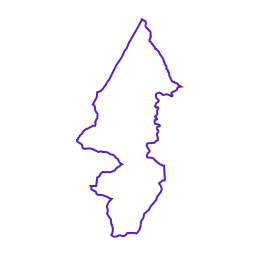 outline of Itaúba, Mato Grosso, Brazil, rotated 94°
{"feature_id": "56859067B4812959206421", "entity_name": "Itaúba", "entity_type": "district", "adm_level": 2, "iso_a3": "BRA", "parent_name": "Brazil", "parent_adm1": "Mato Grosso", "projection": "natural_earth1", "projection_center": [-55.553, -11.126], "detail": "fine", "context": "isolated", "style": "outline", "palette": "violet", "viewbox_px": 256, "rotation_deg": 94, "n_neighbors": 0, "source": "geoboundaries", "source_scale": "gbopen_adm2", "svg_char_len": 5861}
<svg xmlns="http://www.w3.org/2000/svg" viewBox="0 0 256 256"><g transform="rotate(94 128 128)"><path d="M235.6,137.2L236.0,136.8L236.6,136.4L237.1,135.5L237.4,134.5L237.3,132.6L237.1,131.8L236.8,131.3L235.8,129.8L235.7,129.1L235.7,128.3L236.0,126.7L236.1,125.9L236.0,124.9L235.6,123.5L235.1,122.9L233.1,121.7L232.8,121.3L232.7,119.8L232.5,118.1L232.2,115.0L232.3,113.9L232.7,112.4L232.4,111.9L230.3,110.5L229.1,109.7L227.9,109.2L227.0,108.9L224.9,108.7L221.7,108.6L220.6,108.5L220.0,108.3L218.9,107.8L217.0,106.6L216.5,106.4L213.1,106.0L212.2,105.7L211.5,104.6L211.0,104.2L209.8,103.2L208.6,101.8L207.7,101.2L205.2,100.2L202.8,98.6L200.8,97.0L197.9,95.0L195.9,94.4L195.2,94.3L194.6,94.1L193.6,93.6L192.0,92.3L189.4,90.8L187.6,90.2L186.0,90.2L185.1,90.4L182.9,91.7L181.4,93.0L180.8,93.1L180.4,92.7L179.9,91.7L179.5,91.3L178.6,90.6L178.0,89.9L177.7,89.1L177.6,88.4L177.8,87.8L176.5,87.6L174.9,87.9L169.7,88.5L168.9,88.8L165.0,89.1L163.1,89.4L163.1,90.6L162.6,91.6L162.2,92.9L161.8,93.7L160.4,96.1L159.6,97.3L158.7,98.1L158.0,99.3L157.6,99.7L156.9,100.1L156.6,100.5L156.4,101.1L156.0,103.8L156.1,105.0L155.9,106.6L154.9,107.1L154.3,107.3L153.7,107.2L152.3,106.8L151.6,106.4L150.3,105.0L149.8,104.9L149.0,105.0L148.0,105.8L147.3,106.1L146.0,107.3L145.0,107.9L144.2,108.1L143.3,108.1L142.5,107.9L142.1,107.5L141.8,106.9L141.7,106.3L141.6,105.4L141.7,104.6L141.1,102.7L141.1,101.8L141.1,101.1L140.8,100.6L140.3,100.2L139.1,99.3L138.1,97.5L137.6,97.2L136.5,97.4L135.9,97.7L135.1,97.8L134.4,97.8L133.7,98.2L133.3,98.5L132.8,98.7L132.0,98.7L131.2,98.5L130.4,97.7L129.8,97.5L128.5,97.6L127.8,98.2L127.5,98.8L127.1,99.1L125.7,99.2L124.8,98.7L124.4,98.0L124.3,97.2L124.1,96.6L123.4,96.3L122.9,96.8L122.7,97.4L122.1,98.7L121.9,100.4L121.8,101.1L121.1,101.8L118.6,101.9L118.1,101.7L117.9,101.0L117.7,100.2L117.1,99.6L116.6,99.8L115.2,101.7L114.6,101.8L113.5,100.5L113.0,100.1L112.6,99.9L111.3,99.8L108.7,100.2L108.2,100.1L106.8,99.3L105.7,99.2L105.2,99.5L105.2,100.2L105.6,101.3L105.4,101.9L104.9,102.4L104.1,102.4L102.9,102.0L101.7,101.8L101.0,101.4L100.5,100.8L100.1,100.0L99.6,99.5L99.0,99.3L98.4,99.3L97.9,99.5L97.5,100.0L96.2,101.7L95.8,102.0L93.8,102.4L92.5,102.4L91.9,102.0L91.4,101.3L90.6,99.5L90.5,98.9L90.9,97.9L92.3,96.1L92.6,95.6L92.6,95.0L91.8,92.7L91.7,91.6L91.8,90.8L92.4,88.9L92.8,88.0L93.4,86.8L93.2,86.2L92.5,85.9L91.9,86.3L90.8,87.1L90.2,87.2L89.7,86.9L88.9,85.8L87.1,82.6L86.7,82.1L86.2,81.9L85.0,81.7L84.4,81.4L84.0,80.9L83.6,80.2L83.0,77.8L82.7,78.3L82.6,78.8L82.2,79.5L82.0,80.3L81.7,80.8L80.9,81.5L80.2,81.8L79.8,82.7L79.8,83.2L79.6,84.1L78.8,85.4L78.9,86.4L78.6,87.1L78.2,87.5L77.5,87.8L76.0,88.8L75.0,89.1L74.3,89.7L72.2,90.6L71.6,90.7L71.0,90.6L70.3,91.0L69.7,91.2L69.5,91.6L69.0,92.0L68.4,91.9L67.3,92.6L66.9,92.9L66.7,93.6L65.8,94.0L64.8,93.8L64.1,93.8L62.6,95.1L62.0,95.3L61.6,95.9L60.9,96.1L60.0,96.2L59.5,96.4L59.2,97.0L58.6,96.9L56.7,97.6L52.4,101.1L51.9,101.4L51.2,101.9L50.6,102.2L50.0,102.3L49.6,102.9L48.9,103.5L48.4,104.3L47.8,104.8L47.3,105.4L47.4,106.2L46.8,106.6L46.2,106.6L45.7,106.8L43.9,108.6L42.8,109.2L42.6,109.9L42.1,110.1L41.1,110.8L40.5,111.5L39.9,112.6L39.3,112.6L38.8,112.8L38.2,112.7L37.2,112.0L35.6,111.9L34.8,111.5L33.6,112.1L31.4,112.1L30.8,112.2L30.2,112.6L29.3,113.6L29.0,114.1L27.8,115.2L26.7,116.7L26.3,117.0L25.6,117.4L24.6,117.7L23.4,117.5L22.5,117.4L21.0,117.7L20.4,118.0L20.1,118.3L19.8,118.9L19.8,119.5L19.5,120.2L18.8,121.2L18.6,121.9L19.3,121.8L25.4,124.5L33.0,128.2L41.4,132.2L43.2,133.2L44.5,133.5L48.7,134.9L51.6,136.9L55.2,138.2L58.3,139.5L60.7,140.9L61.3,141.1L61.7,141.4L64.4,142.9L65.1,143.5L66.0,144.0L67.8,144.6L71.2,146.1L77.0,148.5L79.8,149.6L80.9,150.1L81.8,150.6L82.3,151.1L83.9,152.1L84.6,152.3L86.9,153.4L87.6,154.0L91.3,156.2L92.6,157.3L92.9,157.8L93.8,159.5L94.5,161.2L99.9,161.4L107.0,164.8L107.2,164.2L107.8,163.5L108.3,163.0L110.1,162.2L111.4,162.3L111.9,162.2L114.1,161.0L116.1,159.4L116.6,159.3L117.4,159.2L118.5,159.3L119.7,159.2L120.3,159.3L121.7,160.2L122.2,160.4L122.9,160.4L123.8,161.0L124.7,161.2L125.7,160.5L126.4,160.6L128.0,161.1L128.2,161.7L128.2,162.9L128.5,163.6L131.7,168.7L132.2,170.0L132.7,170.6L133.6,171.5L134.4,172.3L135.0,172.8L137.0,173.6L138.1,174.9L138.7,175.4L140.0,175.8L141.1,176.7L141.6,177.0L142.5,177.1L142.9,177.4L143.3,178.1L143.8,178.2L144.8,177.7L146.6,174.9L147.4,173.3L147.8,172.9L149.0,172.3L149.6,172.3L150.4,172.1L151.0,171.7L151.4,171.2L151.9,169.4L151.6,168.8L151.3,166.1L151.0,164.6L151.3,162.4L151.8,160.9L152.4,159.8L153.1,157.7L153.7,156.7L154.0,155.9L153.9,155.4L153.6,154.9L153.3,154.2L153.2,153.5L153.7,151.6L153.6,148.9L153.5,148.2L153.7,147.1L154.4,145.6L155.3,144.0L155.5,143.4L156.0,140.8L156.3,140.2L156.6,139.8L157.9,138.6L158.7,137.7L159.1,136.9L159.7,136.2L160.2,135.7L161.2,135.2L162.8,134.1L163.4,133.4L164.6,131.4L165.1,132.5L166.4,133.4L166.8,133.8L167.7,135.5L168.3,135.9L168.9,136.8L169.4,137.2L171.3,138.2L171.6,138.8L171.8,139.5L172.5,140.4L172.7,141.0L172.8,141.7L173.6,143.4L173.4,144.5L173.3,145.6L173.5,146.3L173.6,147.0L173.7,148.0L173.6,148.5L173.5,149.6L173.6,150.1L174.4,150.9L175.1,151.7L176.4,152.5L177.4,152.8L178.0,153.1L178.9,154.1L179.3,154.7L179.4,155.2L180.1,155.4L181.3,155.2L181.8,155.3L182.4,155.5L182.9,155.6L184.4,155.2L185.3,155.7L187.4,155.6L188.2,155.8L188.2,157.4L188.4,161.1L189.3,160.6L190.1,160.4L191.5,160.3L191.9,159.9L192.3,159.1L193.2,157.3L193.4,156.6L194.0,155.6L195.1,155.1L196.1,154.8L196.7,153.2L196.8,152.6L196.9,151.9L196.7,151.0L196.9,147.6L197.4,146.6L197.9,144.6L199.6,140.8L199.8,139.2L200.5,139.7L201.2,140.6L201.8,141.2L204.5,142.6L205.0,142.7L206.2,143.3L206.9,143.5L208.2,143.5L211.1,142.5L211.8,142.4L212.6,142.4L214.8,143.0L218.1,140.6L220.7,138.5L221.8,138.7L222.4,138.6L223.6,138.0L224.5,138.1L225.2,137.9L226.2,137.0L227.2,136.9L229.4,136.1L231.7,136.0L232.7,136.2L234.0,136.3L234.4,136.3L235.1,136.7L235.6,137.2Z" fill="none" stroke="#5b21b6" stroke-width="2"/></g></svg>